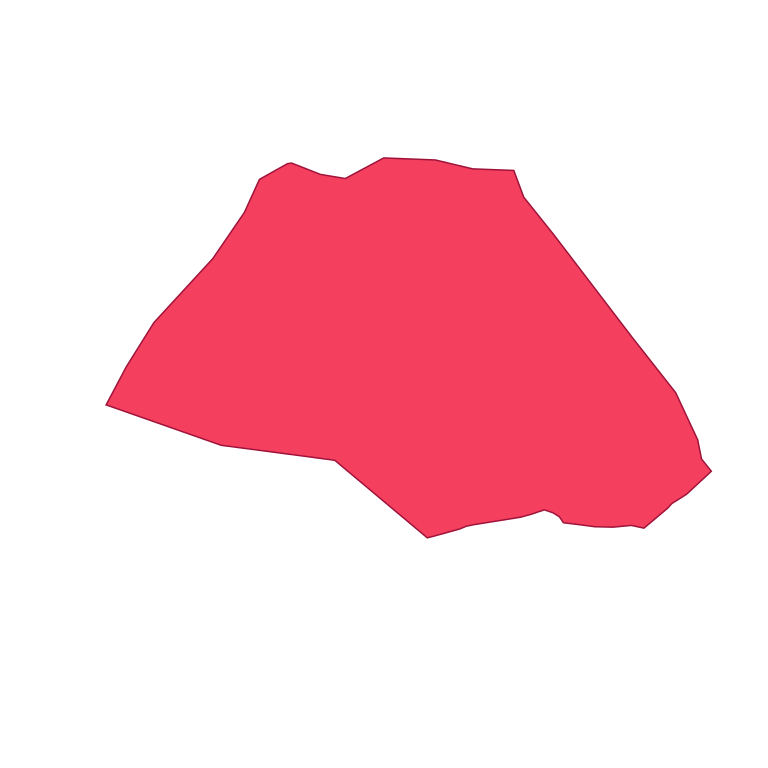 Rose Hill, Castries, Saint Lucia (Mercator projection), rotated 155°
{"feature_id": "8701671B64973472521789", "entity_name": "Rose Hill", "entity_type": "district", "adm_level": 2, "iso_a3": "LCA", "parent_name": "Saint Lucia", "parent_adm1": "Castries", "projection": "mercator", "projection_center": [-60.986, 14.008], "detail": "fine", "context": "isolated", "style": "filled", "palette": "rose", "viewbox_px": 768, "rotation_deg": 155, "n_neighbors": 0, "source": "geoboundaries", "source_scale": "gbopen_adm2", "svg_char_len": 687}
<svg xmlns="http://www.w3.org/2000/svg" viewBox="0 0 768 768"><g transform="rotate(155 384 384)"><path d="M124.2,166.6L127.9,181.8L123.3,200.8L123.3,252.8L139.4,321.5L166.9,447.0L178.4,494.3L176.1,522.7L212.9,541.6L242.7,565.3L288.7,589.0L332.3,586.6L353.0,600.8L374.4,623.3L378.3,624.5L410.4,622.1L438.0,598.5L486.2,570.0L566.6,536.9L610.3,508.5L644.7,482.5L557.4,397.2L460.9,335.7L409.8,226.3L403.7,225.1L376.5,220.6L369.5,220.3L361.9,218.5L316.3,205.5L305.5,203.7L292.0,202.2L285.3,195.9L281.2,189.6L280.0,182.4L265.4,173.3L253.2,165.5L236.8,157.4L219.6,151.3L209.3,143.5L179.2,151.6L173.7,154.0L156.4,156.2L124.2,166.6Z" fill="#f43f5e" stroke="#9f1239" stroke-width="1.5"/></g></svg>